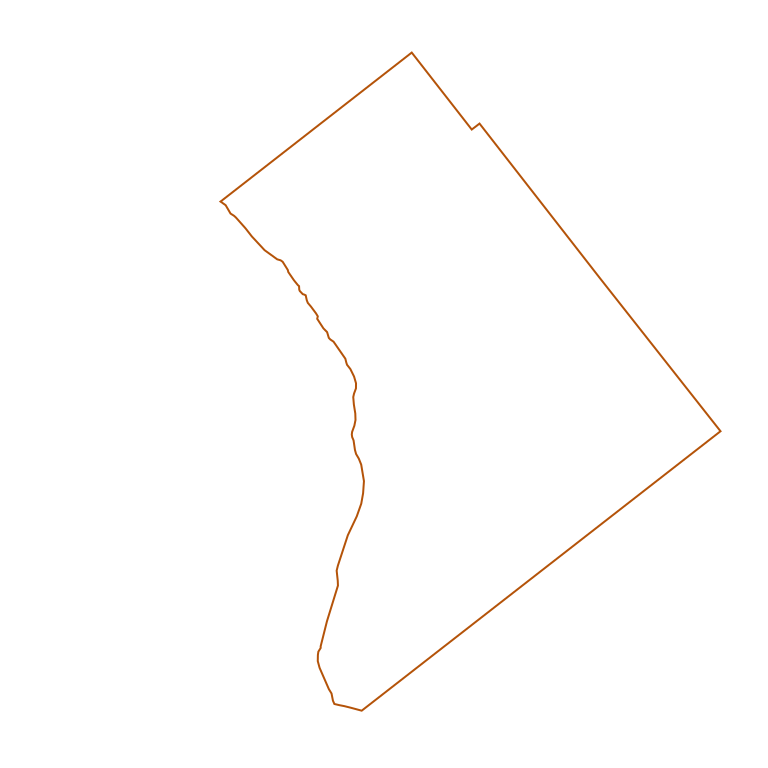 Traverse, Minnesota, United States of America, rotated 322°
{"feature_id": "52423323B7501657464263", "entity_name": "Traverse", "entity_type": "district", "adm_level": 2, "iso_a3": "USA", "parent_name": "United States of America", "parent_adm1": "Minnesota", "projection": "mercator", "projection_center": [-96.623, 45.804], "detail": "fine", "context": "isolated", "style": "outline", "palette": "amber", "viewbox_px": 768, "rotation_deg": 322, "n_neighbors": 0, "source": "geoboundaries", "source_scale": "gbopen_adm2", "svg_char_len": 1174}
<svg xmlns="http://www.w3.org/2000/svg" viewBox="0 0 768 768"><g transform="rotate(322 384 384)"><path d="M619.3,433.6L619.6,237.6L609.8,237.5L609.9,139.9L367.5,139.6L369.3,145.6L368.0,155.2L369.4,159.2L369.8,161.6L370.7,175.9L370.7,186.4L372.3,205.1L376.6,220.0L378.7,222.9L379.4,225.3L378.4,234.9L377.5,236.9L376.9,247.0L377.0,252.9L377.3,254.6L375.3,257.5L374.9,258.9L375.3,263.2L376.1,264.3L376.9,265.9L374.7,270.5L373.9,273.2L374.1,278.0L373.9,286.4L373.5,289.9L371.5,291.5L370.5,302.9L371.1,308.1L368.9,313.7L369.1,315.8L370.3,319.6L369.1,340.3L367.5,343.9L366.7,346.1L366.7,351.5L365.0,359.7L362.4,366.2L359.2,370.2L354.5,373.1L351.7,375.4L347.7,381.5L343.2,389.6L339.4,394.8L335.0,398.6L329.4,402.1L327.5,404.0L326.2,406.3L325.3,409.7L320.5,418.1L318.9,422.0L318.2,427.3L316.4,433.5L308.4,448.2L300.3,457.2L292.4,464.3L281.1,471.5L262.4,480.9L235.9,498.7L231.8,501.9L226.4,510.6L223.6,514.5L192.9,535.9L172.6,551.7L171.6,553.0L167.5,554.5L165.1,556.8L161.2,561.6L158.5,568.0L152.7,590.5L152.1,595.6L148.8,602.1L147.9,605.6L151.1,609.6L154.4,613.4L158.4,618.5L158.7,618.9L165.3,627.7L620.1,628.4L619.3,433.6Z" fill="none" stroke="#b45309" stroke-width="2"/></g></svg>